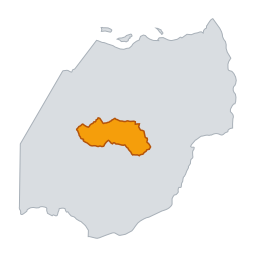 United Republic of Tanzania, with Singida highlighted, rotated 271°
{"feature_id": "TZA-3390", "entity_name": "Singida", "entity_type": "Region", "adm_level": 1, "iso_a3": "TZA", "parent_name": "United Republic of Tanzania", "parent_adm1": "", "projection": "albers", "projection_center": [34.489, -5.65], "detail": "fine", "context": "in_parent", "style": "filled", "palette": "amber", "viewbox_px": 256, "rotation_deg": 271, "n_neighbors": 0, "source": "natural_earth", "source_scale": "10m", "svg_char_len": 5674}
<svg xmlns="http://www.w3.org/2000/svg" viewBox="0 0 256 256"><g transform="rotate(271 128 128)"><path d="M89.4,189.2L86.1,187.5L83.2,186.5L80.8,185.3L79.7,184.2L77.4,183.8L75.5,183.6L73.7,182.6L69.9,182.2L69.5,181.5L69.5,180.0L68.8,179.5L67.5,179.2L66.0,179.2L65.1,179.4L64.6,179.3L63.4,178.4L62.2,177.2L61.8,175.4L60.1,174.2L58.1,173.3L52.7,173.4L51.8,173.1L50.5,172.2L49.0,170.7L47.8,168.9L46.7,166.5L45.6,163.3L39.2,150.4L38.6,148.0L37.3,145.3L35.3,142.0L33.2,139.5L30.3,137.3L27.0,135.1L25.2,133.6L21.8,127.5L21.1,124.7L20.5,121.7L20.7,120.6L22.8,116.7L23.0,115.7L22.8,114.2L21.7,111.2L20.3,107.5L17.6,100.9L17.2,99.2L17.3,97.9L18.8,91.1L18.7,90.1L25.0,90.2L29.6,87.2L33.6,82.7L34.3,80.9L36.0,78.0L37.5,76.6L38.2,75.6L39.1,72.7L41.1,70.8L43.2,69.3L42.8,68.2L43.1,67.8L44.2,67.1L46.3,66.4L46.7,64.9L46.7,63.2L46.4,62.2L46.4,61.2L46.1,60.6L44.7,60.4L42.6,59.6L40.8,59.2L39.6,58.8L39.1,58.4L38.9,57.4L39.9,54.8L38.9,53.7L41.1,49.4L41.5,48.9L42.3,48.8L43.5,48.3L44.7,48.1L45.7,48.3L46.4,48.1L47.0,47.6L47.5,46.1L47.9,43.7L47.7,41.7L46.7,40.2L46.5,37.8L46.9,34.7L46.6,32.1L45.5,30.0L44.5,28.7L42.9,28.2L40.4,25.0L39.6,23.5L39.8,22.5L40.6,22.1L42.2,22.2L43.7,21.8L45.1,20.9L46.4,20.7L47.1,20.8L110.2,20.6L183.8,61.7L184.1,62.2L184.6,65.7L184.5,66.9L183.4,69.0L183.0,70.0L183.0,70.8L183.3,71.0L184.2,71.2L185.1,71.6L185.4,72.0L186.0,73.6L186.8,74.3L214.5,94.6L215.1,95.0L214.7,96.6L213.1,100.7L213.0,102.4L212.4,104.4L211.8,105.8L210.1,111.5L208.8,113.6L206.9,118.7L206.6,122.5L207.6,125.3L207.9,127.8L210.1,130.3L211.8,131.2L212.9,132.3L214.9,135.0L216.1,137.6L219.8,138.9L221.2,141.8L220.7,143.8L218.9,145.5L217.3,148.1L216.0,151.7L215.9,157.1L216.8,156.3L218.7,157.6L219.0,161.6L216.9,166.2L216.3,168.4L216.2,170.2L217.6,175.8L219.7,178.7L219.6,179.5L219.0,180.3L222.7,185.3L222.4,189.7L223.8,193.0L224.4,196.0L225.3,198.2L225.4,199.8L224.2,201.5L227.0,202.0L228.6,203.4L229.3,204.7L231.3,204.7L232.4,205.6L233.9,206.4L237.3,208.7L238.2,209.8L238.8,210.9L229.3,218.0L225.9,219.8L223.5,220.6L220.9,221.0L218.4,222.1L216.1,223.9L213.1,224.7L209.4,224.7L205.6,225.9L199.6,229.6L196.1,227.5L193.4,226.8L190.2,226.9L188.3,227.1L187.6,227.5L187.0,228.8L186.5,230.8L184.4,232.8L180.8,234.7L177.5,235.4L174.4,234.9L172.4,234.1L171.3,233.0L169.7,232.5L167.6,232.5L165.6,233.3L163.7,234.8L160.6,235.4L156.4,235.2L154.1,234.5L153.8,233.2L152.0,231.8L148.6,230.1L146.1,230.1L144.5,231.7L143.1,232.7L141.7,233.1L140.6,233.1L138.9,232.7L134.2,232.5L129.8,232.6L129.3,230.3L128.4,228.9L127.6,228.1L126.1,227.9L125.7,227.2L125.2,225.8L124.4,224.6L123.4,223.6L122.8,222.6L122.6,221.8L122.8,220.8L123.7,218.5L124.0,216.9L123.9,215.2L123.4,213.5L122.4,211.5L122.5,211.0L122.1,209.6L122.1,208.6L122.3,207.4L122.1,205.9L121.2,202.5L121.2,201.6L120.2,200.0L117.3,196.2L117.2,195.7L112.5,191.8L110.7,190.9L110.0,191.7L109.8,192.3L110.0,193.6L109.9,194.2L109.7,194.5L108.6,194.4L107.9,194.3L106.2,193.2L104.8,193.0L101.4,193.2L100.2,193.4L99.3,193.2L97.5,191.4L95.4,191.1L93.5,191.0L90.4,189.0L89.4,189.2ZM220.4,124.8L221.9,129.0L221.7,129.8L220.6,130.3L220.0,130.4L219.4,129.7L218.9,128.2L218.1,128.6L216.7,126.8L215.3,126.7L214.1,124.7L214.6,122.9L214.3,119.8L215.8,118.3L216.7,115.6L217.7,117.4L217.9,120.2L219.1,123.6L220.4,124.8ZM228.0,99.4L228.1,100.4L227.8,101.3L227.8,104.4L227.7,106.4L226.5,109.1L225.6,110.1L224.7,109.8L224.0,109.4L223.5,108.6L224.6,103.5L224.1,99.7L226.3,100.1L228.0,99.4ZM224.3,161.0L223.3,161.2L222.8,161.0L222.2,160.1L223.3,159.4L224.5,158.0L227.1,156.0L228.3,154.4L228.1,156.0L226.6,159.4L225.4,159.7L224.3,161.0Z" fill="#d9dde1" stroke="#a8b0b8" stroke-width="1"/><path d="M137.5,97.8L137.6,98.5L137.3,99.2L137.1,99.7L132.2,103.1L132.1,103.7L132.5,104.4L132.6,105.2L132.6,105.9L132.8,106.7L133.2,107.5L133.5,108.9L133.9,109.5L134.5,110.1L134.7,110.8L135.1,111.3L135.4,111.5L135.6,111.8L135.9,112.0L136.0,112.3L136.1,112.7L136.6,113.5L137.2,114.2L137.4,114.8L137.0,115.3L136.4,115.9L136.3,116.7L136.1,117.4L135.6,118.2L134.9,119.9L134.8,122.2L134.4,124.0L134.5,125.7L134.9,126.4L135.1,127.2L135.1,128.0L134.8,128.6L134.6,130.4L134.9,133.8L134.4,135.2L131.9,135.3L132.2,137.2L132.3,139.3L131.5,139.1L130.7,139.0L129.8,138.7L129.1,138.7L128.8,139.0L128.4,139.2L128.0,139.4L127.7,139.6L126.8,140.1L126.1,140.7L125.8,142.6L125.1,144.0L119.2,145.3L118.2,146.5L118.3,147.1L117.9,147.4L116.9,147.6L116.0,147.5L115.1,147.2L114.2,147.2L113.5,147.9L112.9,148.8L111.3,149.9L109.5,150.9L108.6,150.5L107.8,149.9L107.4,149.8L107.1,149.6L107.0,148.8L106.6,148.0L106.6,147.4L106.3,147.0L105.2,146.6L104.8,146.2L104.5,145.7L104.0,144.9L103.3,144.2L102.5,143.9L102.0,143.1L101.8,142.0L101.5,140.9L101.1,140.3L100.5,139.8L101.3,138.0L101.2,135.9L101.4,133.7L101.1,133.3L102.1,132.2L102.4,132.0L103.8,131.4L105.9,129.4L106.7,128.8L107.1,128.6L107.6,128.5L107.8,128.4L108.5,127.2L109.7,126.2L111.0,125.2L111.0,124.6L110.7,123.9L110.8,122.2L111.8,118.3L111.8,116.5L111.9,116.2L112.0,115.8L112.5,115.4L113.0,114.5L112.9,113.6L112.3,113.2L111.9,112.7L112.7,111.3L114.0,110.2L114.8,109.4L115.3,108.6L114.9,108.0L113.1,106.2L112.4,105.8L111.8,105.3L110.9,104.7L109.9,104.4L109.3,103.8L109.1,102.9L109.0,102.1L109.5,100.5L109.4,99.7L109.0,98.8L109.0,97.8L109.7,95.8L109.7,94.1L109.5,92.4L109.9,90.6L112.3,87.5L113.1,85.6L114.2,83.8L114.6,83.5L115.3,83.7L115.9,83.6L116.1,83.0L116.2,82.6L116.4,82.3L116.5,81.4L117.2,80.8L118.5,80.4L119.0,79.9L119.6,79.4L120.3,79.2L121.0,79.1L124.4,77.7L124.7,77.3L125.2,76.8L125.9,76.7L127.2,77.9L128.6,78.9L129.3,80.4L131.0,82.2L131.1,82.8L129.9,84.4L128.8,86.3L128.1,88.3L129.0,89.3L130.4,90.1L131.4,91.3L132.1,92.9L133.4,93.6L133.6,94.4L133.6,95.2L134.4,95.8L135.6,96.0L136.3,97.4L137.5,97.8Z" fill="#f59e0b" stroke="#b45309" stroke-width="1.5"/></g></svg>